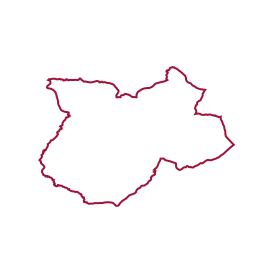 the district of Amagá, Antioquia, Colombia, rotated 72°
{"feature_id": "7082276B93936498493280", "entity_name": "Amagá", "entity_type": "district", "adm_level": 2, "iso_a3": "COL", "parent_name": "Colombia", "parent_adm1": "Antioquia", "projection": "equal_earth", "projection_center": [-75.71, 6.034], "detail": "fine", "context": "isolated", "style": "outline", "palette": "rose", "viewbox_px": 256, "rotation_deg": 72, "n_neighbors": 0, "source": "geoboundaries", "source_scale": "gbopen_adm2", "svg_char_len": 5818}
<svg xmlns="http://www.w3.org/2000/svg" viewBox="0 0 256 256"><g transform="rotate(72 128 128)"><path d="M57.7,189.1L58.4,188.1L59.1,187.7L60.2,187.5L61.2,187.7L61.7,188.1L62.0,188.7L63.2,191.7L64.2,192.5L64.7,192.5L65.1,192.2L65.5,191.7L67.0,188.9L69.1,187.1L70.4,186.4L72.1,185.9L75.1,185.9L76.4,186.2L78.4,186.1L80.7,186.2L83.2,186.9L84.4,186.9L89.5,186.2L90.4,185.9L91.4,185.0L93.1,183.1L94.2,180.7L94.7,179.9L95.1,179.6L95.5,179.7L96.1,180.6L96.4,180.9L96.8,181.0L97.5,180.9L97.7,180.7L98.0,179.6L98.5,179.6L98.8,180.2L99.2,182.1L99.2,182.5L98.8,183.2L98.9,183.6L101.0,185.4L101.3,186.6L102.7,188.4L103.2,188.8L104.9,189.3L105.2,189.8L105.3,191.4L105.5,192.0L107.1,191.2L107.7,191.1L108.2,191.2L108.4,191.5L108.5,191.9L108.2,193.1L108.3,193.4L109.8,194.7L109.9,195.7L110.1,196.3L110.3,196.7L110.8,196.9L112.1,196.5L112.6,196.9L113.1,197.6L113.4,197.7L114.7,200.0L115.4,201.9L116.0,202.9L116.2,203.7L116.0,204.6L116.0,205.2L117.4,206.4L117.8,207.3L118.2,207.8L118.4,209.0L118.6,209.3L120.0,209.6L121.1,210.5L121.8,211.4L123.3,212.7L123.5,213.2L123.1,213.9L123.1,214.4L123.5,215.4L123.7,215.6L123.9,215.5L124.6,214.9L124.7,215.0L124.8,216.3L124.9,216.5L126.2,216.6L126.4,216.9L126.7,218.1L127.1,218.7L128.4,218.6L129.2,219.1L130.1,220.3L131.1,222.0L131.5,222.2L132.6,221.2L133.4,221.2L134.6,221.6L135.5,221.0L137.9,219.8L138.7,219.5L139.0,219.5L139.5,219.6L140.2,220.3L141.2,222.1L141.8,222.8L143.5,223.4L145.8,223.0L146.6,223.0L147.9,221.2L148.7,221.3L148.8,220.9L148.7,219.7L148.9,219.4L149.6,219.4L149.6,219.1L149.5,218.7L149.7,218.2L150.6,217.9L151.7,216.2L153.5,215.8L154.1,214.8L154.6,215.6L155.4,215.0L156.0,214.9L156.8,215.5L157.1,215.4L158.0,214.8L158.6,214.9L158.9,215.8L159.7,215.7L161.0,214.5L161.4,213.8L161.4,213.2L161.2,212.8L160.6,212.3L160.6,212.0L160.7,211.8L161.4,211.8L161.6,210.7L162.5,208.9L163.1,208.3L163.7,208.2L164.1,207.2L165.1,206.4L165.5,205.6L165.9,205.0L167.1,204.0L168.1,203.8L168.2,203.6L168.1,202.9L168.9,202.9L169.1,202.8L170.9,200.8L171.6,199.1L172.8,197.4L172.8,196.5L173.4,195.6L175.1,194.6L175.4,194.2L176.1,193.7L176.7,192.9L177.0,192.8L177.7,193.2L178.0,193.2L180.3,192.4L180.2,191.7L180.4,191.4L181.1,191.7L182.6,191.6L182.9,191.7L183.4,192.5L183.9,192.7L184.7,192.7L184.8,192.6L185.0,191.8L185.4,191.6L185.9,190.1L186.8,190.0L187.5,189.0L188.0,188.7L188.1,188.4L188.4,186.5L189.1,184.7L189.1,183.5L189.3,182.3L190.2,180.0L190.6,178.0L191.3,176.1L191.8,172.2L192.6,169.5L194.0,166.4L194.5,165.6L196.5,164.2L198.3,163.5L198.8,161.3L198.4,160.4L197.3,159.2L195.6,156.0L194.5,151.7L192.5,147.6L192.3,146.2L192.4,144.5L192.2,141.9L191.4,140.1L190.3,139.6L189.0,137.8L188.7,136.7L188.7,135.4L187.3,133.2L187.3,131.9L187.8,130.2L187.5,129.1L187.2,128.7L186.9,126.7L185.2,124.8L185.0,124.4L184.8,122.9L183.8,121.8L182.0,121.4L181.6,120.4L181.1,119.9L180.7,117.2L180.4,116.6L179.9,116.4L179.1,116.2L177.9,116.9L177.7,115.4L177.6,115.2L177.3,115.1L177.0,115.3L175.9,116.3L175.1,114.9L174.7,113.3L173.6,111.9L171.7,110.3L171.0,109.9L169.0,107.6L167.2,106.5L167.4,106.1L167.9,103.9L168.1,103.6L168.7,103.0L169.6,102.8L170.4,102.0L172.7,98.2L176.4,93.4L180.0,94.2L180.8,94.2L182.7,93.1L183.7,92.2L183.9,91.6L183.7,90.3L183.8,89.4L182.8,87.7L182.8,86.7L183.2,85.5L183.2,85.2L182.5,84.0L182.5,83.7L182.7,83.0L184.1,82.1L184.3,81.0L184.6,80.7L184.7,80.0L185.3,79.4L185.7,78.3L185.3,77.5L185.2,76.1L184.9,75.3L185.0,73.5L184.9,72.9L183.9,70.0L184.0,69.3L184.5,68.6L184.5,67.5L183.2,64.1L183.0,62.8L183.0,62.1L184.2,59.5L184.4,57.8L184.2,55.7L184.3,53.8L184.0,52.8L184.0,51.7L183.9,50.5L183.6,50.0L182.9,48.2L181.8,44.5L180.8,42.5L178.2,36.8L176.7,32.6L166.3,37.5L164.0,37.3L161.3,36.5L158.1,36.5L156.5,36.1L153.0,36.6L151.9,36.4L150.9,36.5L148.9,37.0L147.5,36.9L146.0,36.3L146.1,37.3L145.5,38.6L144.1,40.1L144.0,40.5L143.7,40.9L143.6,40.7L143.0,41.2L142.9,42.1L142.6,42.4L142.2,43.4L141.2,44.7L140.4,46.1L140.2,46.7L140.2,48.1L139.3,49.3L139.3,49.9L139.0,50.5L139.2,51.2L139.0,51.8L138.1,54.0L136.8,55.2L136.0,56.6L135.7,57.9L135.5,59.6L134.4,58.4L133.5,58.0L132.0,57.8L130.1,58.2L127.5,56.5L127.1,55.2L126.7,54.9L125.6,54.6L124.9,54.0L124.2,52.1L124.1,50.8L123.9,50.4L120.3,47.0L118.6,46.5L117.3,44.8L115.8,43.3L115.6,42.9L114.7,44.5L113.5,47.1L111.9,49.4L111.1,50.3L108.6,52.1L108.2,52.7L107.2,53.6L105.4,54.3L104.7,54.8L103.0,57.0L101.9,57.5L100.0,57.9L99.2,57.5L97.7,57.4L96.1,57.5L95.3,57.8L94.2,58.6L91.4,60.1L88.9,62.0L87.8,62.5L87.0,63.2L86.6,63.4L86.1,64.2L85.3,65.0L84.7,65.2L84.3,66.3L83.9,66.7L84.0,67.4L83.8,68.7L83.9,69.4L84.3,70.0L85.1,70.3L85.4,70.8L85.5,71.4L85.3,73.3L85.7,73.7L86.3,74.0L87.1,73.0L87.5,73.0L87.9,73.2L89.5,75.2L90.4,75.1L91.7,75.3L92.1,75.5L92.8,76.2L93.3,76.4L93.8,76.2L94.4,75.6L94.6,75.6L94.9,79.2L94.5,83.2L94.3,87.9L94.6,88.7L96.1,91.8L96.5,94.1L96.5,95.6L95.9,97.3L95.4,100.6L95.4,102.1L95.9,104.6L96.7,107.3L97.1,107.9L98.8,109.5L101.4,110.4L99.7,114.5L98.7,115.3L97.8,115.7L97.2,116.3L95.9,118.0L94.7,120.2L94.8,120.9L95.3,122.2L94.9,123.9L95.0,124.2L95.1,124.7L95.6,125.3L96.4,125.6L95.5,128.3L95.5,129.1L95.2,129.4L94.8,129.4L93.4,129.0L91.5,126.7L90.9,126.2L90.0,125.5L89.2,125.5L87.7,126.3L86.9,126.4L84.9,127.4L83.0,127.9L82.2,128.4L79.7,131.4L79.4,132.4L78.3,134.5L77.3,135.7L77.1,136.2L76.9,137.8L76.6,138.0L76.0,138.3L75.9,138.5L75.8,139.4L76.0,140.5L75.8,141.0L75.1,141.3L74.8,141.3L73.9,142.5L73.7,143.0L73.4,148.0L73.0,149.8L71.6,152.6L70.5,154.2L70.3,155.6L70.0,155.9L68.8,156.5L67.8,157.4L66.6,157.7L66.0,158.4L66.0,158.7L66.7,159.7L66.9,160.2L66.9,161.2L66.7,161.7L66.3,162.2L66.1,162.6L65.1,166.6L64.4,167.7L64.3,169.5L64.2,170.1L63.8,170.4L63.2,170.6L62.6,171.5L62.7,172.1L63.2,172.3L63.3,172.6L63.0,173.3L62.8,174.8L61.9,175.0L61.4,175.6L61.1,177.0L60.3,177.5L60.1,178.0L60.1,179.4L59.8,180.6L58.9,181.6L58.3,183.1L57.8,184.8L57.8,186.5L57.2,187.6L57.2,188.0L57.7,189.1Z" fill="none" stroke="#9f1239" stroke-width="2"/></g></svg>